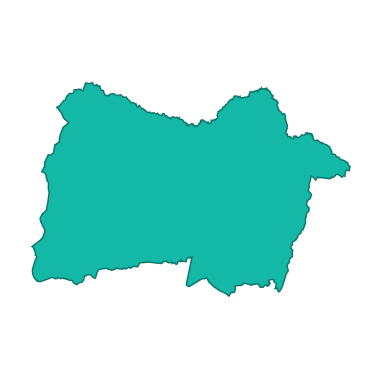 Nong Chang, Uthai Thani, Thailand, rotated 190°
{"feature_id": "78962969B70686602107551", "entity_name": "Nong Chang", "entity_type": "district", "adm_level": 2, "iso_a3": "THA", "parent_name": "Thailand", "parent_adm1": "Uthai Thani", "projection": "equal_earth", "projection_center": [99.746, 15.368], "detail": "fine", "context": "isolated", "style": "filled", "palette": "teal", "viewbox_px": 384, "rotation_deg": 190, "n_neighbors": 0, "source": "geoboundaries", "source_scale": "gbopen_adm2", "svg_char_len": 5993}
<svg xmlns="http://www.w3.org/2000/svg" viewBox="0 0 384 384"><g transform="rotate(190 192 192)"><path d="M223.1,262.7L224.9,262.2L225.7,260.2L226.5,261.1L227.6,261.0L230.3,262.6L232.0,262.3L232.5,263.8L233.6,264.3L234.4,264.2L235.3,261.9L238.0,262.3L239.6,263.5L240.9,262.5L243.2,263.4L246.2,262.5L247.4,263.4L249.2,262.5L254.6,265.5L256.5,265.6L258.8,268.1L259.2,268.1L260.1,266.5L260.9,266.2L261.6,266.9L262.3,269.0L264.0,269.1L265.3,269.9L267.4,269.3L269.3,271.0L270.8,271.7L273.2,274.0L276.7,273.5L278.9,275.4L281.3,274.3L283.7,274.0L285.1,275.0L286.9,275.2L289.9,273.9L291.0,272.4L294.2,272.1L295.1,273.0L297.0,276.6L299.2,276.4L301.4,280.6L303.2,279.7L304.4,281.3L306.3,279.7L307.8,280.5L308.6,282.0L309.3,282.2L312.0,280.9L315.7,280.9L317.0,272.5L318.2,272.6L319.2,273.9L320.3,273.4L321.6,273.6L322.7,272.7L325.7,272.3L325.7,269.7L326.2,268.8L328.1,267.8L328.9,268.1L330.3,267.1L332.1,264.3L332.6,260.6L334.2,259.7L337.2,254.1L339.9,252.0L334.5,247.4L331.1,242.4L325.6,239.0L327.7,235.8L330.1,233.5L331.5,226.6L331.9,222.3L331.5,220.2L331.9,217.5L335.2,214.7L335.3,206.4L337.9,203.5L340.0,203.7L342.2,195.6L341.9,193.2L341.3,192.6L341.6,191.1L342.5,189.7L342.3,188.4L343.3,187.2L343.3,185.8L340.8,185.4L339.7,184.7L338.4,182.5L337.6,179.8L337.0,179.5L336.9,178.0L335.0,176.5L334.0,170.0L332.6,166.8L332.2,157.9L332.3,148.9L332.8,147.7L335.4,144.7L336.9,140.4L336.9,139.1L335.7,136.6L330.3,128.8L330.1,126.6L331.5,120.3L334.4,116.6L340.1,110.5L338.7,109.9L336.0,105.6L335.5,104.3L335.4,102.7L333.8,101.7L333.6,100.4L334.2,99.1L334.9,95.1L335.7,87.9L334.8,84.0L333.4,81.4L331.6,79.3L328.9,77.2L325.7,77.4L315.3,83.4L313.2,83.5L311.1,82.8L309.5,83.7L309.4,84.6L306.1,83.9L304.3,84.9L302.9,84.4L301.9,84.9L301.0,84.3L299.7,84.8L299.2,84.1L296.7,83.9L294.8,84.2L292.4,81.7L289.3,80.8L288.0,82.6L284.3,84.5L283.5,86.3L283.2,90.7L281.9,91.0L281.6,91.7L279.5,92.7L277.2,92.7L274.9,90.8L272.6,90.0L272.0,91.5L271.5,96.5L270.4,99.3L269.6,99.9L263.5,101.9L257.7,101.0L254.7,102.3L253.4,103.8L247.4,103.8L245.2,105.2L244.1,104.6L240.9,107.0L239.2,106.3L236.8,108.6L232.4,108.9L231.2,113.1L222.7,115.4L210.0,116.2L209.0,116.8L208.1,118.6L207.8,118.4L205.2,119.6L204.2,118.6L203.3,118.8L202.7,118.3L201.0,118.6L200.3,119.4L199.8,119.2L199.3,118.3L198.8,119.2L197.6,118.6L196.7,119.3L195.9,118.3L194.7,118.1L193.8,119.3L193.9,120.5L193.4,121.3L192.1,121.9L191.1,121.5L191.0,123.3L189.6,122.0L185.6,122.5L185.6,124.0L185.0,125.9L183.3,127.3L182.4,126.6L180.7,127.9L181.5,100.6L181.2,99.2L178.4,98.3L167.0,108.4L165.5,108.5L162.5,109.8L161.8,109.4L160.1,106.6L153.5,102.2L147.5,99.7L140.5,97.7L137.6,95.9L136.0,100.1L134.4,100.0L132.8,100.6L132.4,103.0L133.2,107.1L127.3,108.6L125.9,109.5L125.9,111.1L119.2,111.1L118.1,110.4L116.2,111.1L114.7,112.4L114.3,112.0L111.1,113.0L110.0,112.8L109.5,111.2L108.2,110.0L105.4,110.6L103.7,113.4L102.6,113.1L101.8,112.2L101.1,113.0L100.1,113.1L100.0,114.5L99.3,115.0L99.2,115.7L99.7,116.3L100.3,115.7L100.3,116.8L101.5,117.3L101.4,118.2L98.2,119.8L96.5,119.9L95.8,118.1L93.1,116.3L92.9,115.6L93.2,113.8L92.8,112.6L93.4,111.4L92.6,111.4L92.0,111.9L91.2,111.7L90.0,109.3L89.2,108.7L87.6,111.1L86.4,116.2L85.1,126.8L84.5,129.4L83.9,129.9L83.6,131.3L85.7,135.9L84.7,138.6L84.0,139.4L84.2,143.5L82.4,145.1L82.0,146.1L82.7,149.4L82.6,151.9L85.0,153.9L84.9,156.1L84.1,157.3L84.4,160.0L81.2,163.0L81.0,164.4L80.2,165.5L80.0,168.1L77.6,170.6L77.5,173.1L76.0,174.2L74.9,181.4L75.8,185.9L75.2,187.4L75.6,190.4L73.5,193.8L74.0,196.7L76.3,198.4L77.2,200.4L76.7,203.7L74.5,205.9L73.9,210.3L78.0,213.7L77.3,217.0L78.1,219.4L77.5,223.5L77.5,228.4L75.5,227.8L72.2,225.3L71.0,228.5L69.7,228.1L68.6,228.5L58.6,229.0L57.7,229.5L56.8,230.9L56.0,230.6L54.5,231.8L53.1,234.2L52.6,234.5L50.3,234.4L46.8,232.6L46.6,233.4L45.4,234.2L44.2,234.0L44.5,237.3L44.0,240.4L40.8,240.3L40.7,240.8L41.1,242.7L40.7,244.4L42.6,245.5L43.7,247.8L48.0,249.5L51.3,249.7L53.3,251.7L55.9,251.9L57.7,253.8L60.8,253.8L61.7,256.6L63.7,259.0L64.1,260.3L66.3,261.0L67.7,262.1L68.9,261.8L72.8,263.3L73.9,262.7L77.1,264.9L77.9,264.8L78.6,264.0L80.2,263.9L81.4,264.9L82.9,268.2L83.7,268.3L83.5,269.5L84.8,270.2L85.7,269.5L86.3,270.3L86.8,269.5L87.4,270.0L88.4,269.1L88.9,269.5L88.9,270.3L89.3,270.3L90.2,269.6L90.7,268.0L91.8,267.3L93.9,267.3L95.3,264.9L97.1,264.0L97.9,264.1L98.5,264.9L99.2,264.4L99.9,265.0L100.5,264.4L101.3,264.6L101.3,263.2L101.8,261.9L103.7,262.7L104.0,263.3L105.1,263.0L105.6,263.7L107.2,263.0L108.1,264.4L108.2,265.5L110.1,266.7L109.3,271.2L110.0,275.0L110.9,276.1L113.0,281.0L113.3,283.0L114.1,284.7L115.0,285.2L116.4,284.2L118.3,286.2L120.4,287.3L120.9,288.4L121.8,288.7L121.6,289.4L123.7,292.9L122.8,294.4L123.4,295.7L125.1,297.0L127.5,297.1L127.7,298.2L129.0,298.1L129.7,298.9L128.9,299.9L128.9,300.9L131.4,302.0L131.5,303.0L133.1,304.9L135.1,305.6L135.3,306.2L136.1,305.9L136.4,306.8L136.8,306.1L137.4,306.7L137.7,306.0L138.2,306.3L139.2,305.7L140.2,306.1L141.2,305.7L141.6,306.6L142.4,305.2L143.0,305.5L143.9,304.0L144.8,303.6L144.8,302.4L145.3,303.0L146.8,302.8L148.6,301.2L149.4,301.6L150.6,300.6L152.1,300.9L152.7,297.8L152.2,297.3L152.1,296.1L153.3,296.1L153.9,295.2L156.8,294.4L157.5,293.4L158.3,293.8L160.8,293.2L161.4,294.6L163.0,293.3L164.2,294.2L165.6,294.2L167.2,293.6L167.2,292.3L168.1,290.8L168.0,290.0L169.5,290.0L170.3,289.4L171.9,286.8L172.5,284.9L173.9,283.7L174.9,281.5L176.2,281.1L176.9,278.2L178.2,277.9L178.7,276.5L180.3,275.8L180.0,274.2L180.5,273.0L180.5,271.5L179.6,270.3L179.7,269.5L180.4,268.1L181.2,267.8L181.3,267.0L182.4,267.3L183.1,266.9L183.1,266.1L185.5,266.0L185.1,264.8L185.5,264.1L185.6,262.8L188.1,262.5L188.4,263.7L189.8,262.9L193.6,264.8L195.0,264.6L195.8,263.9L194.9,263.3L195.8,262.9L195.9,261.4L196.9,261.0L196.4,260.3L198.2,258.0L199.3,258.0L199.3,257.1L201.2,257.8L202.1,257.5L202.2,258.4L202.7,259.2L204.4,259.3L205.1,257.9L206.6,257.6L207.3,256.4L208.6,258.2L209.1,257.2L210.2,259.3L211.9,259.4L214.0,261.5L216.9,261.6L217.4,263.1L218.2,262.5L220.2,262.9L221.1,262.3L223.1,262.7Z" fill="#14b8a6" stroke="#0f766e" stroke-width="1.5"/></g></svg>